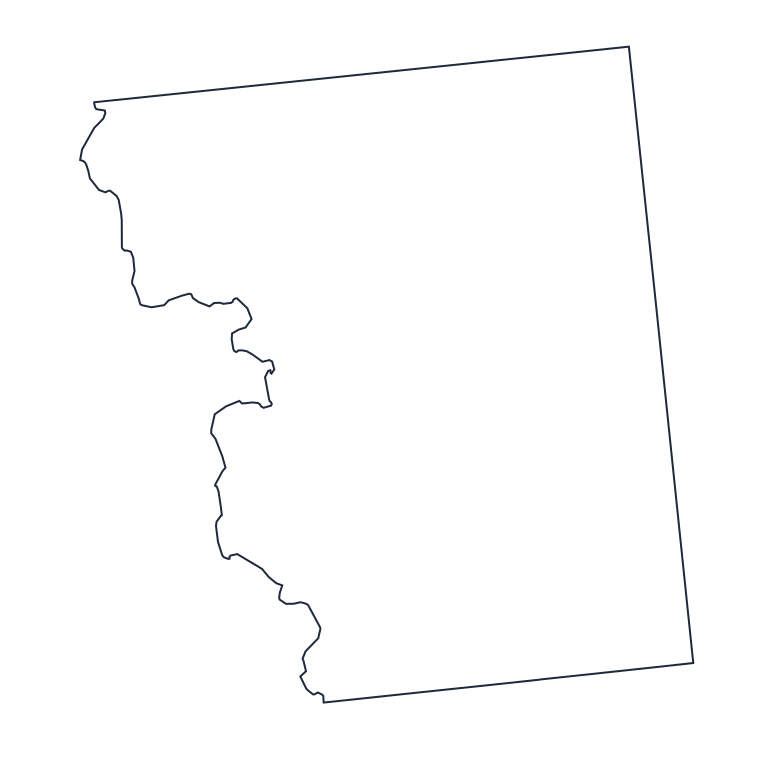 Lincoln, South Dakota, United States of America (Equal Earth projection), rotated 174°
{"feature_id": "52423323B14637934462643", "entity_name": "Lincoln", "entity_type": "district", "adm_level": 2, "iso_a3": "USA", "parent_name": "United States of America", "parent_adm1": "South Dakota", "projection": "equal_earth", "projection_center": [-96.553, 43.292], "detail": "fine", "context": "isolated", "style": "outline", "palette": "slate", "viewbox_px": 768, "rotation_deg": 174, "n_neighbors": 0, "source": "geoboundaries", "source_scale": "gbopen_adm2", "svg_char_len": 2035}
<svg xmlns="http://www.w3.org/2000/svg" viewBox="0 0 768 768"><g transform="rotate(174 384 384)"><path d="M105.2,693.9L240.7,694.0L642.7,694.5L642.9,693.3L642.4,689.3L641.4,687.4L633.1,685.2L632.8,682.5L635.5,677.2L645.4,669.0L649.7,663.0L659.7,648.9L662.8,638.6L659.4,636.9L658.0,635.2L657.1,632.9L655.8,626.7L655.0,619.2L647.1,606.7L641.1,603.8L637.4,605.0L636.1,604.8L630.2,598.8L628.6,594.7L627.6,580.8L627.7,574.2L630.4,547.4L630.1,546.0L627.9,543.7L626.0,543.7L621.9,542.0L620.2,535.8L620.3,522.4L623.7,513.0L623.9,509.8L622.1,506.4L619.0,494.7L618.2,489.2L616.9,487.8L607.1,484.6L594.3,485.4L589.4,489.7L576.0,492.9L568.3,494.2L566.3,493.4L565.0,489.4L559.6,484.7L549.4,479.4L544.5,482.3L539.0,482.0L535.2,480.5L527.5,480.7L525.9,481.7L524.8,483.7L522.9,484.6L521.2,484.5L512.0,473.6L508.9,462.5L515.7,454.7L522.6,453.3L529.8,450.2L530.8,444.4L530.2,434.5L529.5,432.5L527.5,431.2L525.2,432.6L521.6,432.3L517.0,430.9L511.9,427.2L502.5,418.8L495.5,419.8L492.9,418.0L491.6,409.9L494.8,406.1L495.5,406.6L495.6,409.5L497.8,409.2L501.6,403.2L500.2,384.9L499.9,380.9L499.5,378.9L498.4,377.8L497.7,375.9L498.5,374.3L506.2,372.9L508.4,374.4L509.5,376.6L511.3,378.3L516.8,379.4L517.7,379.4L527.1,379.4L529.6,382.3L543.4,378.3L555.5,371.6L560.5,356.8L561.0,353.1L557.3,347.0L552.4,329.1L550.4,317.4L553.8,314.1L562.5,301.4L562.3,300.0L561.1,299.7L559.8,294.5L559.1,279.0L559.0,270.3L560.0,270.0L564.9,264.6L565.9,260.6L565.9,258.6L565.6,244.2L562.8,230.6L561.2,228.3L556.9,226.2L555.8,226.5L555.8,228.2L554.6,229.4L547.8,230.2L529.7,216.7L524.5,212.7L518.6,203.8L512.0,197.2L506.2,194.3L509.4,187.5L510.7,181.9L510.1,180.3L504.4,175.6L496.7,174.9L489.9,175.7L487.9,175.0L484.2,173.5L482.6,172.1L473.1,149.0L472.8,147.2L476.0,138.0L489.9,126.4L493.7,119.4L493.0,117.1L491.6,106.5L497.8,101.9L493.2,89.2L491.8,87.4L487.0,82.7L485.6,82.6L482.1,84.1L477.9,81.5L477.0,80.1L477.3,73.5L474.4,73.5L353.3,73.6L307.3,73.6L261.4,73.7L258.4,73.8L145.2,74.0L105.6,74.2L105.2,434.3L105.2,693.9Z" fill="none" stroke="#1e293b" stroke-width="2"/></g></svg>